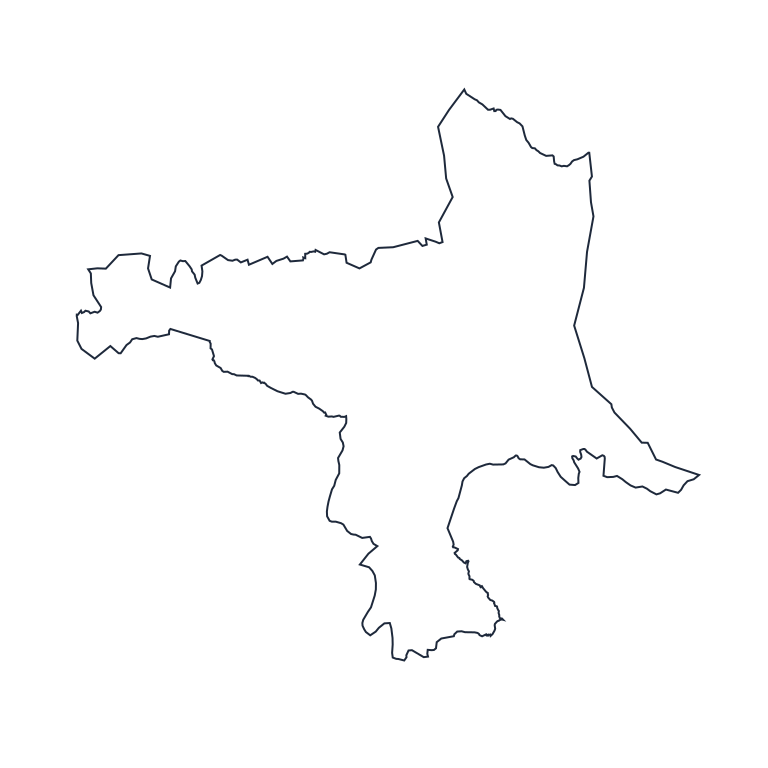 Tamazulápam del Espíritu Santo, Oaxaca, Mexico (Robinson projection), rotated 350°
{"feature_id": "50627088B94442795805381", "entity_name": "Tamazulápam del Espíritu Santo", "entity_type": "district", "adm_level": 2, "iso_a3": "MEX", "parent_name": "Mexico", "parent_adm1": "Oaxaca", "projection": "robinson", "projection_center": [-96.035, 17.033], "detail": "fine", "context": "isolated", "style": "outline", "palette": "slate", "viewbox_px": 768, "rotation_deg": 350, "n_neighbors": 0, "source": "geoboundaries", "source_scale": "gbopen_adm2", "svg_char_len": 6158}
<svg xmlns="http://www.w3.org/2000/svg" viewBox="0 0 768 768"><g transform="rotate(350 384 384)"><path d="M328.9,557.6L337.5,561.9L340.1,566.1L341.7,570.9L341.5,578.6L340.3,584.9L338.1,590.8L332.4,601.7L328.6,605.6L322.6,612.6L321.2,615.6L320.9,618.3L321.9,622.1L323.1,625.1L326.8,629.1L332.9,626.4L336.6,623.2L342.8,619.8L348.2,620.4L348.8,626.0L348.3,635.6L347.3,642.1L345.3,650.2L345.1,654.9L348.3,656.8L350.4,657.3L355.9,659.8L358.7,657.0L358.9,655.0L361.9,650.7L365.3,651.0L375.7,659.9L380.0,660.1L379.8,657.2L380.9,653.4L384.7,654.4L387.0,654.6L389.3,653.3L391.1,647.4L396.2,644.6L409.0,644.5L409.8,642.7L413.1,640.5L417.5,641.0L420.7,642.5L430.1,644.3L432.9,645.4L434.1,646.6L434.5,647.9L436.8,649.5L441.0,648.3L441.1,649.3L441.5,649.6L442.7,649.8L442.7,649.0L443.4,648.9L444.0,649.3L445.1,649.2L445.2,650.6L447.4,649.2L450.0,646.1L451.0,644.3L451.1,640.7L451.6,639.5L454.0,637.6L454.7,637.2L456.0,637.1L456.6,636.6L459.1,636.3L460.4,636.9L459.4,635.4L457.7,635.0L457.4,634.6L457.1,632.8L457.4,631.6L457.1,629.4L457.7,627.5L457.1,626.2L456.6,624.2L456.7,623.0L456.5,622.5L454.8,621.8L454.6,619.9L454.3,619.2L454.7,618.2L454.5,617.6L452.9,616.0L451.2,615.2L449.5,612.4L449.2,611.1L449.9,609.9L449.7,608.6L450.0,608.0L448.4,606.3L446.1,602.2L445.3,600.0L444.7,600.1L444.0,600.9L443.7,600.5L443.3,598.9L439.8,596.8L438.2,594.7L438.1,593.4L436.9,592.1L434.5,591.1L434.3,590.8L434.8,588.1L434.2,586.2L434.2,585.2L435.1,583.2L434.4,581.3L434.1,578.6L435.4,574.9L436.4,573.3L436.2,572.7L434.4,572.8L433.1,574.7L431.6,573.6L430.2,571.3L428.2,569.4L428.0,568.5L426.8,567.7L425.2,564.5L424.3,563.6L424.2,562.6L427.7,560.6L428.2,559.4L424.9,557.1L423.8,556.9L423.5,556.2L424.7,554.2L424.7,551.3L421.5,537.0L431.3,519.0L435.3,512.1L437.5,509.3L443.1,497.3L444.4,493.6L446.6,490.7L449.7,489.0L451.8,487.1L458.7,483.5L462.8,482.3L470.5,481.0L474.4,480.9L477.4,482.3L487.5,483.9L489.9,483.3L493.6,480.1L499.1,478.7L501.3,477.3L502.3,477.5L503.0,478.3L503.7,480.5L505.0,481.8L509.3,482.7L514.2,488.3L516.4,489.9L522.2,492.9L526.9,494.2L531.6,494.2L535.0,493.0L536.5,493.6L538.5,496.6L539.7,500.8L541.9,506.1L545.6,510.8L549.2,515.3L554.6,516.7L558.3,515.2L559.0,510.3L560.3,506.1L561.3,504.5L560.5,500.9L557.7,494.1L557.5,492.1L556.6,489.9L556.7,488.0L557.7,487.7L560.2,488.7L561.3,490.8L562.4,492.3L564.7,491.6L565.8,490.2L565.9,487.7L565.4,484.9L565.8,483.2L568.9,482.6L570.1,482.8L571.0,483.7L572.1,485.9L580.5,494.3L586.6,492.1L588.0,492.9L588.6,494.0L588.5,495.7L584.2,512.5L587.6,514.5L593.7,515.3L597.5,515.0L602.2,519.2L605.0,522.5L609.2,526.7L613.8,529.7L620.7,529.8L624.8,532.8L627.6,535.8L633.1,540.0L636.9,539.6L643.3,536.9L654.7,542.2L658.2,539.8L661.5,535.8L666.0,532.4L672.5,531.6L678.5,528.3L656.3,516.3L644.7,508.9L638.8,505.6L633.5,487.7L627.6,486.5L618.6,470.8L606.0,452.1L604.3,446.7L604.4,443.4L588.3,423.0L585.8,393.5L581.4,359.5L597.6,324.0L606.9,289.1L619.4,255.3L619.4,240.9L621.6,219.4L624.8,215.8L626.3,191.9L625.5,191.7L619.9,194.8L613.4,196.3L610.0,196.5L607.9,197.5L605.8,199.6L604.3,200.5L602.1,201.4L599.0,200.4L596.8,200.5L594.8,199.3L592.8,198.8L591.6,197.5L590.3,196.8L590.2,194.2L590.6,189.4L589.6,188.1L583.3,187.5L577.8,183.6L576.4,181.6L574.8,180.2L573.5,178.1L571.0,177.4L569.9,176.1L568.3,171.6L566.5,168.4L565.8,163.8L565.1,154.3L562.8,150.9L560.6,149.3L557.0,145.2L555.3,144.5L554.1,144.9L550.1,141.3L546.3,134.3L543.8,133.5L542.3,133.5L541.3,134.6L540.0,134.4L539.8,131.7L536.1,132.3L534.1,132.0L529.4,125.7L526.3,123.1L524.8,120.7L522.8,119.4L515.4,112.5L514.2,107.9L495.6,125.4L481.9,140.1L482.8,169.6L480.9,192.4L484.1,211.8L466.1,234.4L466.3,254.4L462.9,255.0L459.5,252.8L450.3,247.9L450.3,254.2L445.8,254.7L442.0,248.9L416.8,250.9L402.1,249.0L399.5,250.2L393.2,259.4L392.0,261.9L379.9,265.9L368.2,258.1L368.4,250.0L367.9,249.6L353.3,244.8L350.3,245.8L347.5,245.9L339.9,240.1L339.2,241.8L337.7,241.2L335.1,241.3L333.8,240.9L332.6,241.8L330.9,242.3L329.0,242.1L328.3,246.4L326.5,245.4L326.5,246.5L325.6,248.2L313.1,247.0L310.6,241.7L306.8,243.1L299.4,244.1L294.9,246.4L291.4,238.5L271.7,243.1L271.2,237.9L264.1,239.4L261.0,236.0L259.1,235.7L256.2,236.3L251.9,234.9L246.4,229.4L245.0,228.5L224.9,235.7L224.7,241.6L223.5,246.2L221.7,249.7L219.7,252.3L217.9,252.7L216.6,246.5L216.5,243.4L214.5,239.8L214.5,237.7L213.0,234.3L209.7,228.4L207.2,228.1L204.9,227.0L203.2,227.9L199.4,232.0L197.8,236.7L192.6,243.0L190.1,251.9L173.4,240.7L171.7,229.2L175.8,217.2L167.8,213.3L144.9,211.0L130.1,222.1L121.8,220.3L112.6,219.7L114.5,224.2L113.2,233.7L113.3,246.2L118.8,259.1L118.1,261.5L116.8,262.8L114.3,264.0L111.6,262.6L107.1,263.4L105.8,261.3L102.7,260.0L101.1,261.1L98.8,261.6L98.3,259.2L94.3,262.8L93.5,262.4L93.2,263.7L93.3,270.9L89.5,288.0L92.2,296.9L103.5,308.8L121.1,299.1L128.0,307.6L130.0,308.0L137.2,300.9L141.1,299.0L143.8,296.2L148.2,295.8L151.1,297.1L153.8,297.8L157.6,297.8L162.3,296.8L166.2,296.8L169.5,298.2L180.9,297.7L181.7,294.1L183.2,292.7L219.9,311.4L219.7,312.4L220.3,314.1L219.4,318.8L220.6,320.1L221.4,327.0L219.3,330.0L219.6,330.9L220.4,331.0L220.9,332.2L221.0,334.1L222.0,336.6L225.9,339.9L227.0,343.0L228.3,344.2L232.1,344.7L236.2,347.9L238.0,348.3L240.4,350.0L251.1,352.2L251.6,352.7L252.3,352.4L253.9,353.7L255.7,354.0L258.1,355.6L259.7,357.3L260.4,358.6L262.1,359.0L263.1,361.7L264.4,361.3L265.5,362.0L266.1,361.8L267.6,363.5L268.6,365.5L272.0,368.3L277.8,372.6L285.3,376.5L290.3,376.6L292.7,375.8L293.7,376.0L297.7,378.8L300.6,379.1L304.3,380.6L305.1,381.3L306.9,384.0L309.5,386.7L310.2,388.0L310.7,391.1L312.6,394.5L315.9,397.0L319.0,400.1L320.1,401.8L321.1,401.8L321.8,404.3L321.1,405.1L323.5,406.5L327.0,406.9L328.6,407.6L334.2,407.3L334.8,407.5L335.8,408.8L336.8,409.0L339.4,409.5L341.1,409.1L340.8,412.1L340.0,415.8L337.5,419.2L332.0,424.1L331.7,430.5L333.3,434.5L333.4,438.3L331.6,442.2L325.9,448.9L325.7,451.9L325.9,456.0L324.4,464.2L319.8,470.1L317.3,475.6L314.5,478.7L311.1,485.5L309.0,490.0L307.0,495.2L305.6,499.7L305.0,504.4L306.7,509.3L308.7,510.5L312.6,511.2L317.5,513.6L319.6,515.4L322.2,522.3L325.5,526.0L327.9,527.0L329.9,527.5L335.8,531.8L343.6,532.1L344.4,534.0L344.7,536.5L345.9,539.6L349.3,542.5L339.2,548.4L328.9,557.6Z" fill="none" stroke="#1e293b" stroke-width="2"/></g></svg>